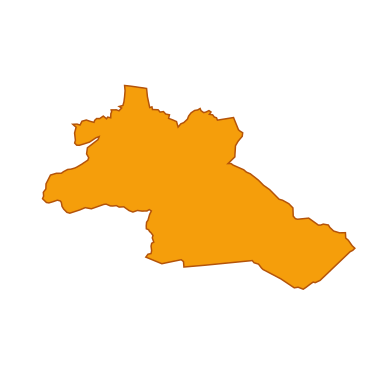 Osório, Rio Grande do Sul, Brazil (Equal Earth projection), rotated 258°
{"feature_id": "56859067B2511379563152", "entity_name": "Osório", "entity_type": "district", "adm_level": 2, "iso_a3": "BRA", "parent_name": "Brazil", "parent_adm1": "Rio Grande do Sul", "projection": "equal_earth", "projection_center": [-50.227, -29.915], "detail": "fine", "context": "isolated", "style": "filled", "palette": "amber", "viewbox_px": 384, "rotation_deg": 258, "n_neighbors": 0, "source": "geoboundaries", "source_scale": "gbopen_adm2", "svg_char_len": 2589}
<svg xmlns="http://www.w3.org/2000/svg" viewBox="0 0 384 384"><g transform="rotate(258 192 192)"><path d="M131.4,318.5L133.3,313.7L132.9,311.0L133.3,308.8L142.2,300.7L143.4,289.6L144.4,287.6L147.4,286.0L155.5,287.4L160.4,284.3L165.1,278.9L166.8,275.7L178.2,268.4L183.6,263.4L189.8,259.4L197.7,252.8L200.1,249.4L203.0,247.2L209.7,237.9L211.7,236.1L212.3,233.1L217.4,241.2L219.8,241.8L224.7,243.2L228.1,244.1L231.9,247.5L234.0,250.1L236.0,252.7L239.4,253.9L241.5,251.7L243.2,250.4L256.2,248.1L257.0,231.8L259.5,231.4L260.7,229.4L263.2,228.2L264.4,225.1L266.3,227.2L268.1,225.5L267.3,222.3L267.2,220.0L269.7,217.7L272.0,217.3L271.1,214.7L271.2,211.5L269.6,207.5L267.0,204.5L264.2,202.7L261.6,198.4L261.0,195.2L258.4,191.9L264.1,191.5L266.5,188.2L268.9,184.4L272.2,186.0L273.7,182.5L276.6,180.8L276.8,177.4L279.5,175.9L280.9,170.5L283.6,170.5L283.4,168.2L286.6,168.2L289.7,168.2L291.6,168.2L294.5,168.2L302.7,169.1L303.9,166.1L305.3,162.1L306.5,159.0L308.5,153.4L310.2,148.2L305.0,147.6L303.0,147.0L299.0,145.8L294.4,144.2L291.0,142.4L290.8,138.5L288.8,140.6L286.6,137.5L288.1,135.1L289.1,130.0L287.2,130.1L285.5,128.9L281.5,127.9L282.8,125.1L281.4,123.6L284.7,121.0L283.0,116.9L283.7,114.0L282.3,111.7L280.5,110.6L282.4,106.9L284.4,103.6L284.1,99.1L280.8,96.4L282.3,93.7L283.0,89.5L281.3,90.7L279.5,92.1L274.1,89.4L266.8,88.7L264.3,87.4L261.8,88.9L261.1,91.5L261.5,96.2L262.1,102.1L265.0,109.4L265.5,112.7L262.8,111.0L257.0,98.9L251.2,96.8L249.0,97.5L247.0,98.1L244.8,96.7L243.1,92.3L242.2,90.2L240.3,84.5L239.8,82.3L239.5,78.2L239.9,75.1L238.6,70.5L237.5,68.1L238.5,63.1L238.0,57.1L230.3,50.9L225.4,49.7L222.6,46.5L218.8,46.0L216.5,44.4L212.0,47.4L211.1,49.8L211.4,53.9L212.0,58.6L210.7,61.2L209.1,62.0L204.9,61.9L202.0,62.9L198.1,65.4L196.7,68.1L197.8,78.5L198.9,84.3L196.5,90.1L198.2,103.2L198.0,105.5L195.4,109.2L194.8,111.4L194.4,115.2L192.4,117.6L191.7,122.2L186.9,126.6L184.7,130.0L185.3,134.8L183.7,139.2L183.3,141.6L182.8,144.0L183.7,146.5L181.9,148.3L178.9,145.9L173.6,143.1L171.9,141.3L168.4,140.2L165.5,139.7L164.1,141.7L162.2,142.3L160.7,143.4L157.6,144.8L155.4,143.6L150.9,144.2L150.2,141.9L147.6,140.7L142.9,140.3L140.3,139.1L140.3,136.0L137.9,133.3L128.1,147.6L128.1,155.0L128.0,167.4L125.7,169.2L120.3,168.5L117.7,189.3L112.4,236.7L109.9,238.0L107.6,242.1L103.1,244.2L101.4,245.4L88.5,260.9L77.0,272.1L76.8,276.0L73.8,280.6L74.9,283.4L77.4,288.7L78.7,291.8L77.7,293.7L78.9,298.9L100.7,334.2L101.5,337.1L103.1,339.6L106.1,337.5L112.4,334.8L115.0,332.8L120.3,333.6L121.4,327.8L124.4,322.4L128.6,319.5L131.4,318.5Z" fill="#f59e0b" stroke="#b45309" stroke-width="1.5"/></g></svg>